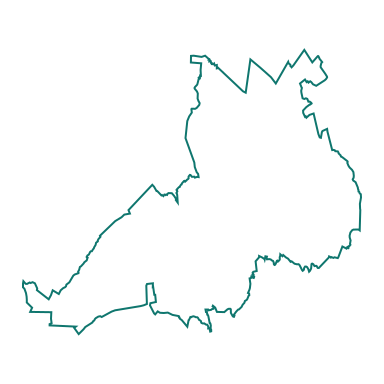 the district of Tulancingo de Bravo, Hidalgo, Mexico
{"feature_id": "50627088B20237982609440", "entity_name": "Tulancingo de Bravo", "entity_type": "district", "adm_level": 2, "iso_a3": "MEX", "parent_name": "Mexico", "parent_adm1": "Hidalgo", "projection": "equal_earth", "projection_center": [-98.365, 20.132], "detail": "fine", "context": "isolated", "style": "outline", "palette": "teal", "viewbox_px": 384, "rotation_deg": 0, "n_neighbors": 0, "source": "geoboundaries", "source_scale": "gbopen_adm2", "svg_char_len": 5963}
<svg xmlns="http://www.w3.org/2000/svg" viewBox="0 0 384 384"><path d="M205.1,55.7L201.6,56.9L193.7,55.7L191.0,55.9L190.9,62.5L201.2,63.3L200.6,70.0L200.9,76.2L200.4,76.6L200.0,76.2L199.9,77.0L199.3,77.1L198.7,77.7L199.0,78.1L199.5,77.6L199.9,78.2L199.7,78.7L199.1,79.0L198.7,78.9L197.4,84.1L197.0,84.9L195.0,87.0L194.5,88.0L194.7,88.7L197.0,91.5L197.8,93.5L197.6,98.6L198.5,101.1L199.6,103.0L199.6,103.5L199.2,105.0L196.6,108.0L195.1,108.8L191.8,108.7L191.4,109.1L191.8,112.6L189.2,116.4L187.3,121.0L185.5,138.1L194.3,162.5L194.8,167.1L196.7,172.2L198.1,173.9L198.6,177.1L197.1,176.9L194.9,177.6L194.4,176.7L191.9,176.8L190.5,175.0L189.9,174.9L188.8,176.2L188.5,176.9L188.6,178.4L188.0,179.1L187.0,179.7L186.3,180.7L185.7,180.9L185.1,181.7L184.6,181.6L184.4,180.9L184.0,181.0L182.0,183.3L181.6,184.4L181.2,184.5L180.2,185.8L179.7,187.0L179.0,187.1L177.1,189.1L177.1,189.9L176.6,190.1L177.3,191.5L176.4,193.0L176.9,193.7L177.2,195.0L177.7,202.6L175.8,200.0L176.1,199.3L175.7,198.3L173.9,195.6L171.8,193.2L168.4,193.1L167.3,194.2L167.1,194.8L166.5,194.5L165.7,195.1L164.8,194.5L164.3,194.6L163.4,196.1L162.0,195.0L161.4,195.4L157.8,191.6L157.0,190.9L156.5,191.0L154.1,186.8L152.3,184.8L128.5,210.1L129.9,213.6L124.3,214.6L121.6,217.2L115.2,221.1L99.9,235.8L100.1,236.3L100.4,236.2L100.4,236.9L98.5,239.0L97.7,240.6L97.8,241.4L96.1,242.7L95.6,244.9L94.1,247.4L93.8,248.5L93.0,249.3L91.9,251.2L90.8,251.3L90.1,252.0L88.9,254.5L87.3,255.6L87.1,256.3L86.6,257.0L86.8,257.4L87.6,257.7L86.7,260.4L84.3,262.3L83.6,263.5L81.0,266.3L79.9,267.0L79.2,269.7L78.1,271.8L78.6,272.9L78.4,273.2L74.7,274.5L73.3,275.6L69.3,282.4L66.4,284.6L66.0,286.3L65.1,287.2L63.2,288.1L60.7,290.3L58.8,294.0L52.7,290.3L51.0,295.1L48.7,299.3L36.9,290.1L37.2,288.4L34.9,283.3L32.6,282.2L30.6,283.0L29.7,282.5L27.0,283.9L25.6,283.8L23.4,281.2L23.0,283.6L23.0,287.3L24.4,288.7L26.0,293.1L26.6,296.6L26.8,299.6L26.8,302.5L32.1,307.7L30.2,311.9L51.3,312.2L51.0,318.7L51.6,323.2L49.6,324.1L49.6,325.4L75.8,326.6L74.2,327.9L78.7,334.1L83.6,329.2L85.3,327.0L92.4,322.5L92.9,321.4L93.3,321.3L94.4,320.2L94.8,319.2L95.7,318.2L98.3,316.6L100.2,316.2L101.7,317.0L111.6,311.6L115.1,310.3L140.5,306.1L143.7,305.3L146.9,304.0L146.3,285.7L147.0,284.0L152.9,283.3L152.8,286.7L153.1,286.5L154.3,294.8L155.2,294.8L155.9,302.0L150.4,303.2L150.0,305.4L154.1,313.4L155.2,314.4L157.7,311.4L159.8,312.7L160.4,312.8L163.8,313.0L167.8,312.6L172.5,314.9L178.8,316.1L179.2,316.8L179.0,317.5L179.7,317.9L179.9,318.7L181.8,320.1L187.3,326.7L188.6,320.2L189.0,320.0L190.4,317.0L191.4,317.2L192.1,316.6L193.4,316.3L194.6,316.6L195.8,317.2L197.4,317.3L198.0,317.9L199.1,319.9L199.7,320.1L201.0,321.2L201.2,322.6L201.6,323.0L202.9,323.5L204.3,323.4L206.0,324.6L207.2,324.7L208.1,326.2L208.3,327.1L208.2,328.4L209.4,328.2L210.2,331.6L211.2,331.3L211.2,329.8L210.6,328.5L210.8,325.5L210.4,323.6L210.2,323.2L209.7,323.1L208.3,316.0L207.4,314.1L207.2,314.2L206.9,312.3L206.0,312.1L205.5,309.5L208.0,309.5L208.1,310.4L211.2,309.8L212.0,309.1L213.4,308.8L213.6,307.1L212.6,306.4L212.9,305.7L215.2,307.6L216.9,311.9L224.3,312.1L227.5,309.3L228.7,308.8L230.3,308.8L230.8,309.3L230.9,312.9L232.6,316.0L233.3,316.7L234.0,316.8L234.5,315.4L234.0,314.6L236.3,311.5L238.1,309.6L239.0,309.4L241.6,306.9L242.6,304.8L244.4,302.8L244.9,301.0L246.7,299.9L247.3,299.0L248.6,295.8L249.3,295.2L249.1,293.5L248.0,293.0L249.4,289.8L249.9,288.1L250.4,283.8L249.6,278.4L250.9,278.1L251.4,276.4L253.4,278.1L253.4,278.7L254.0,277.5L254.2,276.6L252.7,274.6L253.4,274.3L252.6,272.9L253.3,271.8L256.7,271.0L255.6,261.3L259.1,257.3L259.1,256.0L262.2,257.5L264.6,259.2L264.7,259.5L265.4,256.3L266.9,256.6L266.6,257.5L267.0,259.3L269.5,259.1L270.8,259.5L272.1,260.6L273.0,260.9L273.7,262.4L273.9,264.3L274.5,265.0L274.9,264.9L275.7,263.8L276.9,260.8L277.4,260.6L278.0,261.5L279.4,260.2L279.8,259.2L279.7,257.2L280.2,255.8L280.3,254.3L282.4,256.2L283.2,255.0L285.9,257.4L288.1,258.7L290.4,261.6L290.7,261.3L291.0,261.6L291.3,261.3L291.9,261.5L294.5,263.7L297.0,264.3L298.6,264.2L299.6,265.2L302.2,270.3L302.7,270.8L303.9,269.7L304.1,268.1L305.0,266.6L306.0,266.5L307.1,267.1L308.3,269.1L309.1,271.7L310.0,270.8L311.1,268.6L311.5,264.2L311.7,263.8L312.2,263.6L313.3,264.2L314.5,266.1L316.1,265.8L316.6,266.0L317.7,267.9L318.8,268.0L328.9,257.4L329.1,256.4L330.2,256.9L330.9,257.6L331.5,257.1L333.4,257.9L334.5,257.3L337.8,258.1L338.4,257.1L342.4,246.5L346.5,248.6L347.1,247.6L348.3,248.2L348.5,248.0L348.3,247.1L348.8,246.6L348.3,246.5L349.4,245.8L350.4,244.8L350.0,243.8L350.6,240.5L349.7,237.5L349.6,235.7L350.4,232.5L352.2,230.2L353.4,229.6L358.5,229.5L359.7,230.4L360.3,209.8L360.1,209.0L359.9,203.8L361.0,197.5L360.8,194.2L359.7,193.4L359.2,191.8L358.5,191.5L358.4,189.8L358.0,189.0L357.8,187.5L355.6,182.2L353.2,180.5L352.7,179.3L353.6,177.8L353.8,175.8L353.4,172.1L352.0,169.8L349.6,167.5L348.4,165.6L347.3,162.9L347.7,161.9L347.4,161.2L342.3,157.2L340.9,156.5L340.7,155.5L338.6,153.4L338.5,152.6L337.8,151.4L335.3,151.2L334.8,150.3L333.6,149.9L332.2,150.1L327.5,131.8L327.1,128.9L322.5,131.0L321.9,132.1L320.9,137.8L319.7,137.4L318.4,134.1L313.6,113.5L309.5,114.9L306.4,117.7L305.7,116.3L305.0,116.8L303.2,112.9L303.1,110.5L306.3,107.1L310.2,104.2L310.4,104.4L311.6,103.5L311.3,102.8L309.7,101.6L308.4,101.7L307.3,98.9L305.9,98.3L304.3,99.0L302.6,98.3L301.4,92.7L301.2,90.8L301.9,87.9L301.6,87.5L300.0,83.5L305.0,79.5L306.6,82.1L307.7,81.3L308.5,82.6L310.2,81.3L311.3,82.1L313.0,84.3L316.2,85.8L324.7,80.3L326.0,79.1L327.1,77.4L327.0,76.6L325.2,73.7L320.7,67.3L320.6,66.1L321.3,63.1L322.2,62.1L319.4,58.6L319.2,57.8L318.3,56.1L317.8,56.1L312.3,62.4L304.3,49.9L293.4,65.4L291.6,67.3L291.1,66.6L290.5,66.2L290.3,64.6L288.7,63.5L288.2,61.8L275.8,83.5L271.0,77.2L260.3,67.7L250.4,59.4L245.7,92.7L243.0,91.3L218.1,67.8L218.0,68.1L216.8,68.4L216.8,65.0L214.8,65.5L214.1,63.5L213.4,64.2L211.8,64.1L211.7,63.0L211.1,63.0L210.8,61.3L209.3,61.5L209.4,60.8L210.2,60.8L209.4,59.2L208.7,59.4L208.8,59.0L205.1,55.7Z" fill="none" stroke="#0f766e" stroke-width="2"/></svg>